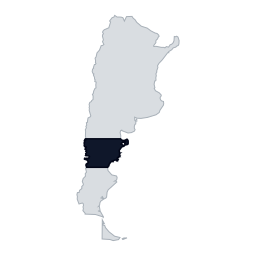 Chubut highlighted on a map of Argentina
{"feature_id": "ARG-1274", "entity_name": "Chubut", "entity_type": "Province", "adm_level": 1, "iso_a3": "ARG", "parent_name": "Argentina", "parent_adm1": "", "projection": "mercator", "projection_center": [-67.684, -44.0], "detail": "fine", "context": "in_parent", "style": "filled", "palette": "ink", "viewbox_px": 256, "rotation_deg": 0, "n_neighbors": 0, "source": "natural_earth", "source_scale": "10m", "svg_char_len": 7925}
<svg xmlns="http://www.w3.org/2000/svg" viewBox="0 0 256 256"><path d="M158.9,63.4L157.5,65.8L157.9,67.4L156.6,71.2L156.9,71.9L155.9,73.8L156.3,75.7L155.8,77.7L156.0,80.1L155.6,80.8L154.7,81.0L154.1,84.4L154.9,87.7L154.2,88.3L155.4,90.7L159.2,92.8L161.2,95.0L161.2,95.9L160.2,97.3L160.1,98.4L160.7,100.0L161.6,100.9L163.5,101.5L163.7,103.7L163.4,105.2L160.0,110.2L159.2,112.5L156.0,114.8L147.5,117.4L140.9,118.4L137.1,118.2L134.6,117.2L134.8,120.1L136.1,121.0L135.4,121.0L135.9,121.5L135.7,124.0L134.9,124.4L134.3,126.5L134.3,128.2L135.1,129.7L134.3,131.2L131.4,132.6L128.0,133.0L121.7,130.6L121.9,130.2L121.6,130.1L120.6,130.6L120.1,132.6L120.8,135.8L120.6,138.5L121.0,139.5L123.3,140.5L123.1,141.6L123.9,141.8L125.5,141.5L125.7,140.6L124.9,140.3L127.1,139.5L128.0,140.7L128.0,143.6L127.6,144.4L125.9,144.9L125.4,144.8L124.4,142.7L123.6,142.3L121.1,143.4L120.8,144.0L124.4,145.5L121.7,147.1L119.6,149.8L119.6,154.8L119.1,156.2L117.6,157.6L117.3,158.5L117.8,159.1L117.6,160.1L114.8,159.8L112.8,161.3L110.9,161.9L107.6,167.7L108.0,170.6L111.8,174.9L116.5,176.0L117.1,177.4L116.9,179.1L116.4,180.1L114.6,181.1L116.1,181.1L116.8,182.0L108.2,189.8L107.1,192.1L106.6,197.0L105.9,198.0L104.2,198.9L103.0,197.9L102.1,196.1L102.1,197.6L100.5,198.1L102.4,198.2L103.3,199.4L100.7,201.2L99.9,202.8L99.6,205.1L98.5,206.4L99.3,206.1L100.1,210.7L98.0,211.0L100.5,211.7L103.5,217.0L103.2,217.4L103.1,216.9L95.4,214.5L85.1,214.1L85.2,213.4L82.9,210.6L83.4,208.6L83.0,206.9L83.5,205.4L83.2,203.6L82.3,203.0L79.0,204.0L77.2,199.1L77.4,196.4L76.9,194.8L77.4,192.6L79.1,192.5L79.6,190.3L81.8,188.6L81.8,186.4L83.1,185.2L83.4,184.2L82.3,181.5L83.2,178.5L85.4,176.3L85.3,173.5L86.5,172.2L85.6,168.5L86.8,167.0L86.2,166.2L86.3,164.2L87.5,163.8L88.3,161.7L87.0,159.9L84.7,159.3L84.6,158.4L88.7,158.3L89.3,156.8L89.0,156.0L85.9,155.6L85.9,153.6L86.6,152.3L86.0,151.1L86.2,149.9L85.4,148.2L86.2,147.4L84.2,145.7L84.2,142.8L84.7,142.0L84.4,140.5L86.2,139.1L85.4,136.3L85.6,131.2L85.3,129.8L86.4,127.7L85.9,126.3L86.7,125.3L86.4,122.7L87.3,122.5L88.0,118.0L90.3,116.8L90.8,115.9L89.2,110.4L89.4,108.3L89.1,107.4L89.5,106.2L89.1,104.4L89.8,102.4L91.4,101.5L91.5,100.8L93.1,99.4L93.1,96.0L92.4,94.3L93.2,93.7L93.7,91.1L95.0,88.4L96.0,87.9L95.8,84.8L96.2,82.1L94.8,81.6L95.1,79.6L94.6,79.2L94.4,77.1L93.5,75.3L93.4,74.5L93.9,74.0L92.9,73.3L92.2,71.6L92.4,70.1L92.6,69.1L93.6,68.3L93.4,67.6L94.4,64.5L95.5,64.4L96.0,63.3L95.4,62.7L95.6,60.9L95.1,58.2L96.1,56.9L97.0,52.9L99.5,50.1L101.2,45.6L102.5,45.5L103.9,44.5L102.5,41.7L103.4,39.8L102.4,36.0L102.7,34.6L103.5,33.8L102.6,32.3L102.9,31.2L104.2,29.8L108.8,27.8L110.6,22.0L109.6,21.0L112.1,17.7L113.9,17.1L114.7,15.4L117.0,17.0L121.0,17.1L122.9,17.7L124.4,21.1L126.5,16.6L132.0,16.4L133.1,18.1L135.2,19.9L136.7,22.3L141.3,26.2L147.2,28.1L150.8,30.8L155.0,33.0L157.1,33.5L158.7,35.1L159.1,36.3L158.2,37.2L157.5,39.0L156.3,40.0L155.8,41.1L155.9,42.6L153.7,45.5L153.8,46.5L156.0,46.3L161.5,47.4L164.1,47.4L164.9,47.9L166.3,46.6L168.6,47.1L170.1,44.8L171.6,44.3L173.2,42.7L174.0,40.7L174.3,36.5L175.2,36.8L176.7,36.2L178.0,37.1L179.1,40.6L178.9,44.0L178.3,45.4L176.6,46.2L175.8,47.1L173.2,47.9L171.8,49.7L168.6,51.7L168.8,52.7L167.7,52.7L162.3,59.8L158.9,63.4ZM102.1,239.0L102.3,219.9L104.3,223.6L103.3,223.3L103.0,225.1L104.7,225.5L105.5,227.7L109.1,231.9L114.6,236.2L120.0,237.5L118.5,239.6L113.2,240.6L110.0,239.5L102.1,239.0ZM122.2,238.8L123.8,238.0L127.0,237.9L122.8,239.5L122.2,238.8ZM136.8,119.4L136.8,120.0L135.9,119.0L136.8,119.4Z" fill="#d9dde1" stroke="#a8b0b8" stroke-width="1"/><path d="M85.3,140.0L85.4,139.9L85.5,139.8L86.0,139.7L86.3,139.3L86.3,139.0L86.1,138.8L120.3,138.8L120.6,138.8L120.9,139.4L121.1,139.6L121.3,139.8L121.7,140.1L121.9,140.1L122.0,140.2L122.3,140.3L122.7,140.4L123.0,140.5L123.3,140.4L123.5,140.5L123.4,140.8L123.0,141.4L123.0,141.7L123.1,141.8L123.6,141.7L123.8,141.9L124.1,141.8L124.4,141.7L125.4,141.8L125.5,141.7L125.8,141.4L125.8,141.2L125.8,140.7L125.7,140.6L125.4,140.5L124.8,140.6L124.5,140.5L124.3,140.4L124.5,140.3L125.2,140.2L125.9,139.8L126.3,139.5L126.7,139.3L127.0,139.2L127.2,139.3L127.4,139.5L127.6,139.7L127.7,140.1L127.8,140.3L128.0,140.6L128.1,140.8L128.2,141.1L128.1,141.8L128.2,142.9L128.2,143.2L128.0,143.4L127.9,143.7L128.0,144.0L127.7,144.3L127.4,144.5L126.4,144.7L125.9,144.8L125.7,144.9L125.3,144.8L125.2,144.7L125.0,144.3L124.8,144.1L124.9,143.3L125.1,143.2L124.8,143.0L124.7,142.9L124.5,142.7L124.4,142.5L124.1,142.3L123.8,142.3L123.3,142.3L122.9,142.3L122.7,142.4L122.5,142.6L122.3,142.6L121.9,143.1L121.3,143.2L121.2,143.3L121.0,143.7L120.9,143.8L120.8,144.0L121.1,144.3L121.3,144.4L121.6,144.5L122.3,144.8L122.7,145.2L123.1,145.3L123.5,145.3L123.8,145.6L124.0,145.6L124.4,145.4L124.5,145.6L124.4,145.8L123.8,146.2L123.2,146.5L122.1,146.8L121.2,147.4L120.9,147.7L120.8,147.8L120.7,148.0L120.8,148.4L120.7,148.5L120.1,149.1L119.8,149.6L119.5,149.9L119.2,150.4L119.2,150.5L119.2,150.9L119.3,151.2L119.3,151.5L119.5,152.1L119.5,152.5L119.7,152.9L119.7,153.0L119.8,153.1L120.0,153.1L119.7,153.3L119.7,153.6L119.8,153.7L119.8,153.8L119.5,153.9L119.4,154.0L119.4,154.5L119.5,154.7L119.5,154.8L119.6,155.0L119.8,155.2L119.8,155.4L119.7,155.5L119.5,155.8L119.4,155.9L119.5,155.9L119.4,155.9L119.3,156.0L119.2,156.1L119.3,156.2L119.3,156.3L119.5,156.3L119.4,156.4L119.5,156.5L119.4,156.5L119.2,156.5L119.2,156.4L119.1,156.5L118.9,156.8L119.0,156.9L119.0,157.0L119.0,156.9L118.9,157.1L118.8,156.9L118.7,156.9L118.5,157.1L118.4,157.2L118.1,157.3L117.9,157.5L117.8,157.4L117.6,157.6L117.4,157.9L117.3,158.1L117.4,158.3L117.3,158.6L117.2,158.6L117.2,158.8L117.2,159.1L117.4,159.1L117.5,159.1L117.8,159.3L118.0,159.3L118.2,159.5L117.9,159.7L117.8,159.8L117.9,160.0L117.7,160.1L117.8,160.2L117.6,160.4L117.4,160.3L117.4,160.5L117.1,160.2L116.8,160.2L116.7,160.3L116.7,160.1L116.3,160.1L116.4,160.3L116.1,160.4L115.9,160.2L115.7,160.0L115.2,159.9L114.9,160.0L114.6,160.1L114.3,160.4L114.2,160.4L113.9,160.4L113.7,160.5L113.4,160.6L113.2,160.7L113.1,160.8L113.1,161.0L113.4,161.1L112.8,161.0L113.0,161.3L113.1,161.6L112.3,161.6L111.3,161.7L111.0,161.9L110.6,162.2L110.3,162.6L110.1,162.9L109.8,163.4L109.5,163.9L109.3,164.1L109.1,164.4L108.9,164.5L108.8,164.8L108.8,165.2L108.9,165.3L108.7,165.6L108.8,165.7L108.8,165.8L108.7,165.8L108.3,166.1L108.2,166.3L108.0,166.6L107.9,166.7L107.8,166.9L107.9,167.0L107.7,167.3L86.8,167.3L86.9,167.1L86.9,166.9L86.8,166.7L86.7,166.5L86.5,166.4L86.3,166.3L86.2,166.2L86.2,165.8L86.2,165.6L86.0,165.4L86.1,165.1L86.0,164.9L86.1,164.7L86.3,164.4L86.2,164.2L86.4,163.9L86.8,163.8L87.2,163.8L87.4,163.8L87.6,163.7L87.6,163.4L87.5,163.1L88.1,162.7L88.5,162.2L88.3,161.7L88.2,161.5L88.1,161.4L87.8,161.2L87.6,160.9L87.4,160.5L87.2,160.1L87.1,159.9L86.9,159.8L86.7,159.9L86.2,159.5L85.9,159.5L85.7,159.6L85.1,159.4L84.9,159.3L84.7,159.3L84.5,159.2L84.6,158.8L84.5,158.4L84.7,158.2L85.0,158.4L85.7,158.5L85.8,158.5L86.0,158.3L86.2,158.2L86.6,158.4L86.8,158.4L87.3,158.2L87.5,158.2L88.1,158.5L88.4,158.6L88.6,158.5L88.7,158.4L88.9,158.2L88.9,157.9L88.9,157.5L88.9,157.4L89.1,157.1L89.3,157.0L89.4,156.9L89.5,156.8L89.5,156.6L89.3,156.4L89.2,156.1L89.0,155.9L88.6,155.8L87.8,155.7L86.8,155.7L86.5,155.6L86.3,155.6L86.1,155.7L85.9,155.7L85.7,155.5L85.6,155.4L85.9,155.2L86.0,155.1L85.8,154.7L85.9,154.4L86.0,154.3L85.9,154.2L85.8,153.8L85.7,153.6L85.8,153.5L86.0,153.4L86.6,152.5L86.7,152.4L86.3,151.7L86.2,151.6L86.2,151.3L86.2,151.2L85.9,151.2L86.0,150.9L86.4,150.7L86.5,150.5L86.4,150.0L86.2,149.8L86.0,149.6L85.6,149.5L85.6,149.4L85.7,149.2L85.4,148.9L85.2,148.9L85.3,148.7L85.4,148.3L85.4,148.0L85.5,148.0L86.0,147.8L86.2,147.6L86.2,147.3L86.3,147.1L86.2,146.9L85.7,146.7L84.9,146.6L84.7,146.5L84.5,146.3L84.3,146.0L84.2,145.7L84.4,144.8L84.3,143.8L84.2,143.3L84.3,143.1L84.2,142.9L84.2,142.6L84.3,142.4L84.5,142.3L84.7,142.2L84.6,141.8L84.6,141.7L84.6,141.3L84.6,141.2L84.3,140.9L84.3,140.7L84.6,140.3L84.6,140.1L84.7,139.8L84.9,139.6L85.1,139.6L85.2,139.9L85.3,140.0Z" fill="#0f172a" stroke="#020617" stroke-width="1.5"/></svg>